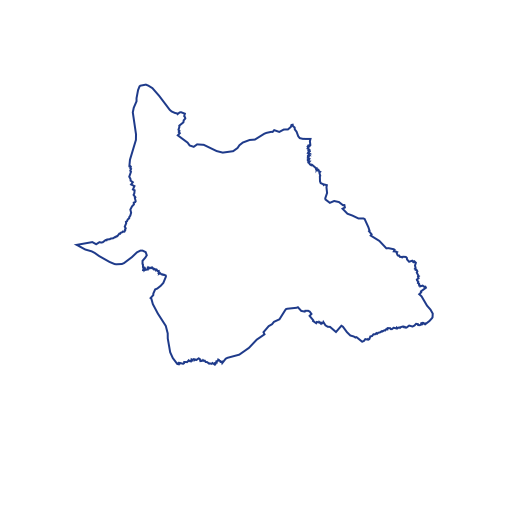 the district of Nong Muang, Lop Buri, Thailand, rotated 119°
{"feature_id": "78962969B8499402752452", "entity_name": "Nong Muang", "entity_type": "district", "adm_level": 2, "iso_a3": "THA", "parent_name": "Thailand", "parent_adm1": "Lop Buri", "projection": "albers", "projection_center": [100.697, 15.296], "detail": "fine", "context": "isolated", "style": "outline", "palette": "blue", "viewbox_px": 512, "rotation_deg": 119, "n_neighbors": 0, "source": "geoboundaries", "source_scale": "gbopen_adm2", "svg_char_len": 6118}
<svg xmlns="http://www.w3.org/2000/svg" viewBox="0 0 512 512"><g transform="rotate(119 256 256)"><path d="M175.9,437.0L178.6,435.5L185.6,434.8L190.1,433.4L207.8,419.9L212.7,417.3L232.9,412.9L238.6,410.4L238.4,409.8L239.0,409.7L238.8,408.7L240.2,408.4L240.4,407.5L242.4,407.3L242.9,406.2L248.1,405.3L249.5,403.1L250.9,402.2L251.2,399.5L254.0,399.9L253.8,396.2L257.5,395.9L257.4,394.0L260.2,392.8L261.9,392.7L263.1,390.0L263.9,390.2L266.4,387.8L267.4,387.8L268.6,388.8L270.1,387.8L272.7,388.5L276.3,388.4L278.7,386.2L281.7,385.5L283.5,385.7L284.5,385.2L286.2,385.9L288.1,385.7L289.2,386.3L290.3,385.4L294.0,385.0L294.9,383.4L296.2,383.5L296.6,382.9L298.5,382.9L299.1,384.3L299.8,384.3L301.4,385.7L302.4,385.6L302.8,386.4L306.0,386.9L306.4,387.7L307.6,387.9L307.9,388.6L309.7,389.5L311.3,391.6L312.2,392.0L313.8,394.3L314.7,394.3L315.0,395.3L318.3,396.7L319.3,397.9L319.8,399.6L323.2,401.5L323.2,405.9L333.2,418.2L333.1,408.5L331.6,402.0L331.5,398.6L332.1,393.3L332.2,381.2L331.6,375.8L331.0,374.2L328.0,369.4L326.2,368.0L317.2,364.0L310.5,361.9L307.3,359.7L306.3,357.9L306.1,354.4L308.3,351.9L311.0,352.0L315.2,352.9L318.0,351.4L318.2,350.8L320.6,349.4L321.1,348.5L323.1,347.9L322.9,347.4L321.5,347.4L322.4,346.8L321.4,346.6L321.8,346.3L321.7,345.8L320.3,344.5L319.4,344.8L319.8,344.1L318.0,344.1L318.3,342.9L317.4,342.4L317.2,341.5L316.6,341.7L316.3,341.3L317.1,339.5L316.6,339.4L316.5,338.3L317.0,338.2L316.5,337.0L316.9,336.6L316.1,336.3L316.9,334.7L316.4,334.0L316.9,333.9L317.1,332.8L318.1,332.8L317.9,332.1L318.4,332.0L317.5,331.4L317.9,329.7L317.3,328.8L317.6,328.0L317.0,327.5L316.8,325.5L317.7,324.8L324.5,324.0L328.3,324.9L332.4,326.6L334.1,328.0L338.6,327.6L340.0,326.9L343.9,327.8L344.1,326.8L348.1,322.9L353.9,314.0L360.9,301.0L366.5,295.7L370.9,293.2L381.8,284.4L385.6,279.3L388.6,272.5L388.3,271.5L387.6,272.1L386.9,271.8L387.1,270.6L386.4,270.6L385.6,267.5L384.7,267.0L383.5,267.4L382.2,264.8L380.0,264.3L380.3,263.7L379.4,262.6L379.9,262.3L379.7,261.8L378.9,262.1L378.5,261.3L377.7,261.9L377.7,261.3L376.4,260.5L376.2,259.8L377.0,259.3L375.8,258.4L375.8,257.7L373.3,256.5L373.4,255.1L374.9,253.7L374.4,253.0L374.0,253.2L373.5,252.0L372.8,251.9L373.1,251.1L372.4,250.1L373.1,248.7L372.5,247.2L372.9,244.8L372.4,244.5L371.8,242.5L370.7,242.2L371.0,239.3L369.9,239.1L369.3,239.8L368.3,238.7L367.4,239.6L366.0,238.5L364.9,238.8L364.9,238.2L365.5,238.1L365.2,236.4L365.8,235.7L364.9,234.6L365.5,234.7L365.3,234.1L365.9,233.6L360.5,232.7L358.9,231.6L350.4,222.8L339.7,217.6L328.8,214.8L320.4,210.6L319.0,212.5L311.2,210.9L307.9,208.9L304.9,208.4L300.0,204.8L289.0,204.2L287.9,204.0L287.0,203.1L281.6,195.4L280.5,194.5L282.1,189.8L281.0,186.4L280.1,186.4L278.6,183.8L278.6,182.0L279.8,179.4L282.4,180.1L284.5,174.7L285.2,174.6L285.6,170.8L284.2,170.8L283.6,168.6L283.1,168.7L283.7,166.5L282.8,166.6L283.0,165.6L282.0,165.0L281.1,165.1L283.0,161.6L283.1,158.9L282.1,156.9L283.7,149.2L275.6,147.5L275.7,145.7L278.5,139.6L279.8,135.0L279.0,131.5L279.1,129.5L278.4,129.1L278.3,128.4L279.5,121.6L277.9,120.4L275.7,120.1L275.1,118.1L274.5,117.9L274.7,117.2L273.8,116.6L270.9,117.0L269.8,115.7L267.5,115.3L266.9,114.0L265.1,113.3L265.4,112.4L263.9,111.9L262.6,110.4L261.4,109.9L261.2,109.3L260.5,109.3L260.3,108.6L258.7,107.7L258.5,106.9L256.8,106.6L256.5,105.5L255.3,105.9L254.1,103.7L254.6,102.6L254.1,101.7L252.0,100.8L251.3,98.1L250.4,98.2L250.7,97.2L249.6,96.7L248.8,95.7L249.0,95.2L247.9,94.8L246.4,93.3L246.6,92.7L246.2,92.6L245.8,91.4L246.3,90.8L245.7,89.7L242.6,88.3L241.8,84.9L240.0,83.7L237.7,83.1L237.1,81.3L237.8,80.7L237.1,79.2L235.6,78.3L234.8,78.9L233.8,78.1L233.5,77.3L234.1,77.1L233.4,76.8L233.7,75.8L233.0,75.2L233.4,74.8L228.8,72.8L224.9,71.9L224.0,71.9L220.7,73.5L218.3,77.4L216.5,82.4L211.0,91.7L210.3,94.7L207.7,93.9L207.0,94.6L201.4,92.0L200.7,93.0L201.4,94.1L201.1,95.9L202.8,97.5L202.4,97.7L202.7,98.6L202.3,98.7L202.2,99.5L201.1,100.0L201.1,101.3L199.7,101.7L199.3,103.2L198.6,103.9L196.7,103.0L195.7,104.2L194.8,103.9L194.8,104.5L194.4,104.6L192.5,107.4L191.2,107.4L190.6,108.3L190.7,109.5L190.2,109.5L190.1,110.8L189.0,110.7L187.3,112.3L184.4,112.9L183.9,114.8L185.0,115.0L185.1,115.5L184.4,116.0L184.3,117.0L186.8,119.3L185.8,122.2L184.5,123.2L184.2,124.5L185.4,127.1L186.4,127.5L186.3,128.3L187.0,129.6L186.2,131.0L186.8,131.7L186.5,132.8L184.9,134.7L184.2,134.5L184.3,135.8L185.1,137.7L183.4,137.8L183.3,138.8L184.9,143.9L186.1,145.7L183.0,155.4L182.5,165.6L181.0,165.4L179.5,169.2L178.8,169.0L176.4,171.6L171.0,178.9L171.1,180.2L173.5,184.6L173.9,191.3L174.7,196.5L172.7,203.2L170.5,201.8L168.6,203.4L169.4,204.7L168.6,209.6L170.0,214.3L173.7,217.2L172.9,222.6L172.0,223.4L166.4,224.4L161.7,227.7L159.7,228.4L160.4,231.1L161.0,231.3L160.6,231.9L160.9,234.7L159.7,236.2L155.3,238.8L154.7,238.7L152.4,241.0L151.3,240.7L151.3,241.9L150.5,243.0L151.1,243.5L150.3,244.2L150.4,245.0L151.0,245.0L150.1,245.5L150.6,245.9L150.0,246.5L149.1,250.9L149.6,251.3L149.3,251.7L149.8,252.0L149.7,253.4L149.1,254.1L148.9,255.4L147.3,255.0L147.7,256.2L147.5,256.9L146.8,257.3L146.7,256.5L145.0,256.4L144.8,258.4L144.1,258.7L143.9,258.2L143.3,258.1L142.9,259.1L142.3,258.9L141.9,258.1L141.7,258.6L140.9,258.6L140.9,259.2L140.4,258.6L140.1,260.4L139.5,260.2L138.7,261.0L138.1,259.9L137.4,260.5L137.6,261.2L137.1,261.2L137.0,262.9L136.1,262.8L135.4,263.7L134.7,262.9L134.0,263.8L133.0,262.9L133.2,262.3L132.7,262.2L129.5,264.5L127.2,265.1L130.8,271.7L131.7,274.9L130.8,277.1L127.6,280.8L126.5,283.4L124.9,284.5L124.5,286.7L123.4,287.6L124.2,288.5L126.2,288.1L129.8,289.4L131.9,293.0L136.2,295.8L137.1,301.1L139.4,301.6L140.2,303.1L143.3,306.6L145.0,308.0L154.7,313.4L157.6,317.8L163.1,322.5L167.1,324.2L170.5,324.5L175.4,326.8L181.7,335.2L183.3,341.3L184.1,355.6L186.9,361.6L190.7,363.4L191.5,367.6L190.0,370.8L188.4,382.9L185.5,382.2L185.0,383.7L183.7,383.6L183.2,385.0L180.2,385.6L179.2,386.3L174.3,384.3L172.4,385.0L170.0,384.5L169.1,385.3L168.5,386.6L166.0,387.2L166.6,391.3L167.5,392.4L169.9,393.4L169.5,394.0L170.2,396.3L170.5,399.9L170.0,402.3L162.9,418.3L159.4,428.0L159.2,432.7L159.5,435.4L163.1,439.7L164.1,440.1L168.0,439.6L175.9,437.0Z" fill="none" stroke="#1e3a8a" stroke-width="2"/></g></svg>